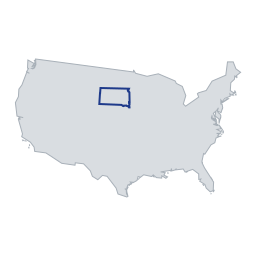 where South Dakota sits in United States of America
{"feature_id": "USA-3534", "entity_name": "South Dakota", "entity_type": "State", "adm_level": 1, "iso_a3": "USA", "parent_name": "United States of America", "parent_adm1": "", "projection": "albers", "projection_center": [-98.157, 44.23], "detail": "medium", "context": "in_parent", "style": "outline", "palette": "blue", "viewbox_px": 256, "rotation_deg": 0, "n_neighbors": 0, "source": "natural_earth", "source_scale": "10m", "svg_char_len": 4636}
<svg xmlns="http://www.w3.org/2000/svg" viewBox="0 0 256 256"><path d="M212.1,81.1L225.8,75.2L227.5,61.9L233.2,61.9L235.9,68.8L240.6,72.3L236.0,76.0L236.2,77.3L234.7,76.1L234.4,79.3L230.8,82.7L230.3,90.6L233.7,92.8L235.2,91.8L234.4,90.7L235.1,91.1L235.7,92.5L231.3,95.1L229.9,93.8L230.2,96.2L224.8,98.4L221.5,102.5L221.5,100.8L220.8,99.9L220.8,104.0L222.1,104.3L222.7,107.7L221.0,112.6L217.3,110.9L218.4,107.8L216.8,110.2L218.4,112.8L220.1,114.1L220.9,115.9L219.0,123.6L219.0,119.1L215.1,115.9L215.8,111.2L213.3,113.3L215.9,119.2L212.7,118.1L211.8,118.5L212.2,116.3L212.0,115.8L211.4,117.5L211.7,118.9L216.5,120.1L215.9,121.5L213.4,119.8L212.6,119.7L215.7,121.6L216.8,121.9L216.6,123.6L215.0,122.7L217.7,124.6L217.3,125.0L216.0,124.1L213.2,124.2L217.0,125.6L219.1,125.0L222.7,130.1L219.7,126.2L221.0,128.9L216.9,129.4L220.5,131.4L221.6,130.3L220.6,133.3L216.6,133.4L219.2,134.1L217.5,136.0L220.1,136.3L216.0,138.0L214.8,142.7L211.0,144.8L204.8,154.2L203.6,153.5L202.0,161.1L202.1,162.9L204.5,167.9L213.6,182.1L213.2,190.6L210.2,191.8L206.2,188.1L204.9,184.5L199.7,181.2L200.9,179.0L198.8,179.5L198.7,173.9L192.7,169.4L185.1,172.0L183.2,169.0L175.5,169.9L176.4,168.5L175.2,169.9L171.8,170.9L171.4,168.5L171.1,170.3L160.6,171.9L165.2,172.7L163.9,175.1L167.5,176.9L165.9,178.3L161.8,175.8L161.7,178.1L156.4,177.6L153.2,174.9L151.6,176.5L143.7,174.8L139.4,178.1L140.5,177.2L138.1,176.5L137.0,180.5L132.3,183.1L133.4,182.3L130.3,182.0L131.4,183.3L127.8,185.0L126.4,189.3L124.8,188.7L126.2,189.8L126.5,193.8L128.0,196.2L126.9,197.0L118.0,194.0L116.1,188.1L107.1,176.3L102.5,175.4L97.8,179.7L92.4,176.3L90.3,170.8L83.6,163.8L75.3,162.8L75.0,165.2L61.7,163.3L45.9,152.9L34.7,151.4L34.1,147.1L30.4,142.2L21.7,136.7L22.5,133.9L18.3,119.0L18.9,117.8L20.0,119.9L19.8,116.8L23.2,117.6L17.0,116.1L15.4,102.6L18.4,96.7L18.9,89.1L21.9,85.0L26.8,72.1L29.4,73.3L26.6,71.7L28.5,68.4L27.5,68.1L27.9,60.0L34.2,63.5L31.7,67.0L34.7,64.9L33.6,68.1L31.7,68.4L32.8,68.9L34.5,67.9L35.9,64.7L35.6,59.0L133.6,72.0L133.5,69.9L135.6,73.3L147.1,76.3L158.3,73.8L175.2,81.0L176.3,83.4L182.3,86.4L185.8,95.6L183.3,104.0L185.6,106.2L198.7,97.1L197.4,93.7L198.5,92.8L206.2,90.5L212.1,81.1ZM227.0,99.5L229.2,98.3L221.5,103.2L227.6,98.3L227.0,99.5ZM35.1,62.3L35.4,64.7L35.3,65.0L34.5,63.0L35.1,62.3ZM127.8,195.5L126.6,192.0L126.7,190.0L126.9,192.1L127.8,195.5ZM236.6,76.0L237.0,77.1L236.5,77.0L236.6,76.0ZM153.4,175.9L153.7,176.7L152.8,176.1L153.4,175.9ZM24.5,140.9L25.7,140.8L25.8,140.9L24.5,140.9ZM23.5,140.3L22.9,140.7L22.6,140.1L23.5,140.3ZM233.5,94.6L233.1,95.5L232.9,95.4L233.5,94.6ZM127.3,188.2L126.7,189.8L128.3,186.7L127.3,188.2ZM210.8,177.3L212.6,180.1L210.5,177.1L210.8,177.3ZM29.5,144.9L29.7,145.9L29.4,145.0L29.5,144.9ZM213.9,191.0L213.1,192.1L214.3,189.8L213.9,191.0ZM223.5,132.0L222.9,133.4L222.9,130.3L223.5,132.0ZM34.7,60.3L34.6,61.0L34.3,60.5L34.7,60.3ZM131.5,183.9L129.8,184.7L131.5,183.7L131.5,183.9ZM235.9,94.1L236.1,94.9L235.3,94.9L235.9,94.1ZM28.9,147.2L29.0,148.4L28.7,147.3L28.9,147.2ZM129.4,185.3L128.7,185.7L129.3,185.1L129.4,185.3ZM220.8,117.3L220.3,119.2L220.8,116.7L220.8,117.3ZM138.9,178.8L137.9,179.5L139.4,178.4L138.9,178.8ZM202.4,161.9L202.4,163.2L202.2,162.3L202.4,161.9ZM220.5,136.4L220.3,136.7L221.0,135.5L220.5,136.4ZM187.8,171.3L186.6,172.2L186.1,172.1L187.8,171.3ZM171.2,170.8L171.0,171.0L170.3,171.1L171.2,170.8ZM203.5,184.9L203.9,185.8L203.2,184.8L203.5,184.9ZM168.1,173.0L168.0,173.8L167.7,172.4L168.1,173.0ZM211.2,193.7L210.5,194.0L211.5,193.5L211.2,193.7ZM222.6,108.3L222.4,109.2L222.6,107.9L222.6,108.3ZM222.2,133.9L221.8,134.3L221.7,134.3L222.2,133.9Z" fill="#d9dde1" stroke="#a8b0b8" stroke-width="1"/><path d="M100.1,93.1L100.5,88.0L128.9,88.7L128.8,88.9L128.8,89.2L128.8,89.3L128.7,89.5L128.6,89.8L128.4,89.9L128.1,90.1L127.8,90.4L127.8,90.5L128.0,91.0L128.3,91.4L128.4,91.6L128.7,91.7L128.9,91.7L129.0,91.8L129.2,92.0L129.3,92.2L129.4,92.3L129.6,102.1L129.0,102.1L129.0,102.4L129.2,102.7L129.3,102.8L129.3,103.0L129.2,103.2L129.1,103.3L129.1,103.5L129.4,103.6L129.5,103.6L129.6,104.1L129.5,104.4L129.4,104.6L129.4,104.9L129.4,105.0L129.3,105.4L129.2,105.5L129.0,105.9L129.0,106.0L128.9,106.0L128.9,106.3L129.0,106.4L129.3,106.6L129.3,106.8L129.5,107.0L129.5,107.4L129.0,107.4L128.9,107.2L128.7,106.9L128.7,106.7L128.4,106.6L128.2,106.4L127.7,106.2L127.4,106.1L127.0,106.0L126.9,106.0L126.8,105.9L126.6,105.7L126.4,105.5L126.2,105.5L125.4,105.6L125.0,105.6L124.8,105.7L124.7,105.7L124.4,105.6L124.1,105.6L123.9,105.6L123.8,105.8L123.7,106.0L123.4,106.1L123.1,106.0L123.1,105.9L122.5,105.6L122.3,105.4L122.1,105.3L121.6,105.0L121.5,104.9L99.3,104.0L100.0,93.1L100.1,93.1Z" fill="none" stroke="#1e3a8a" stroke-width="2"/></svg>